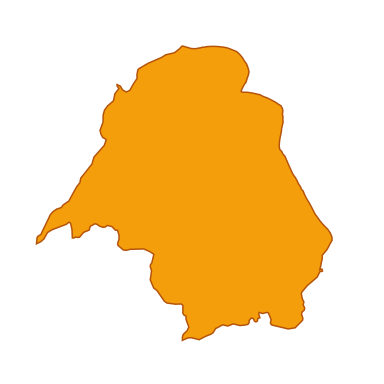 Yomou, Yomou, Guinea, rotated 9°
{"feature_id": "49546643B93814621089544", "entity_name": "Yomou", "entity_type": "district", "adm_level": 2, "iso_a3": "GIN", "parent_name": "Guinea", "parent_adm1": "Yomou", "projection": "mercator", "projection_center": [-9.137, 7.537], "detail": "fine", "context": "isolated", "style": "filled", "palette": "amber", "viewbox_px": 384, "rotation_deg": 9, "n_neighbors": 0, "source": "geoboundaries", "source_scale": "gbopen_adm2", "svg_char_len": 4226}
<svg xmlns="http://www.w3.org/2000/svg" viewBox="0 0 384 384"><g transform="rotate(9 192 192)"><path d="M101.1,97.6L101.1,97.8L101.5,99.1L102.0,99.6L103.6,101.2L102.2,103.9L100.5,107.0L100.2,114.2L96.4,118.7L95.6,119.6L95.1,120.4L92.8,124.7L92.2,129.8L92.7,133.4L92.7,133.5L93.2,137.0L91.5,145.5L92.7,148.4L92.8,148.7L92.9,148.9L94.6,151.2L94.8,151.5L95.2,152.1L98.2,153.1L98.4,153.4L99.1,154.1L98.0,159.9L97.7,160.3L89.8,172.7L89.3,176.1L88.8,180.0L84.1,188.5L79.9,195.8L79.9,197.8L79.9,199.1L79.8,200.2L79.6,200.7L77.4,204.6L75.3,210.3L75.1,210.8L71.7,220.3L67.0,224.7L65.2,227.9L64.4,228.3L61.0,230.1L57.8,233.1L56.9,234.5L56.8,234.8L55.6,236.7L53.7,243.1L51.1,251.7L49.4,257.6L49.0,257.9L46.6,260.0L46.2,261.3L46.1,261.6L46.3,264.6L46.5,267.5L50.6,264.6L53.1,261.5L55.6,254.7L57.5,253.0L59.8,251.1L73.0,243.5L75.1,241.1L75.7,241.2L76.1,241.3L76.9,242.1L77.3,242.6L77.5,243.0L78.3,245.2L79.3,247.7L81.0,256.1L81.4,256.1L82.3,256.0L83.5,255.2L84.3,254.6L85.6,254.8L86.4,254.8L87.2,254.5L88.0,254.2L91.3,248.8L94.6,246.8L96.4,245.7L96.8,241.9L99.5,239.8L101.0,238.6L102.2,238.7L103.0,238.7L104.4,239.4L106.4,240.3L107.8,240.5L109.5,240.8L111.5,240.2L111.9,240.1L112.4,239.6L113.5,238.3L117.8,238.6L118.3,238.7L120.3,240.2L120.4,240.3L122.3,241.7L124.4,241.4L125.3,243.3L126.6,245.9L127.1,248.8L127.3,250.2L126.6,254.3L127.2,256.3L129.5,257.7L130.3,258.2L133.2,260.0L134.8,259.9L136.5,259.8L137.1,259.5L139.8,258.3L149.9,256.4L153.3,255.8L157.6,256.9L157.8,257.0L160.0,257.6L161.7,258.4L164.1,259.5L164.0,260.2L163.4,268.1L162.7,269.7L162.5,270.2L162.4,270.4L162.4,272.1L163.0,273.3L164.4,276.2L164.4,276.5L164.4,277.0L164.5,284.1L164.5,285.3L166.9,289.2L169.2,292.8L171.5,294.1L172.7,294.7L181.8,304.2L184.7,305.6L192.0,305.4L193.1,305.4L198.8,304.3L199.5,304.7L200.8,305.5L201.8,312.5L201.8,312.8L203.1,314.7L205.5,315.6L205.7,316.8L206.0,318.7L206.7,320.0L209.6,325.2L210.1,326.1L209.5,327.3L209.2,329.1L209.1,329.3L207.7,331.3L205.7,333.9L205.2,336.7L205.7,339.5L205.7,340.0L210.9,336.7L213.4,336.2L213.5,336.2L214.3,336.0L221.7,336.7L222.2,336.8L222.6,336.4L227.6,332.7L230.5,330.9L233.1,329.4L234.9,327.6L236.7,323.1L237.8,322.4L243.1,318.4L247.5,318.7L248.5,318.7L253.4,315.8L260.3,316.4L265.5,315.0L268.0,313.9L268.8,312.3L268.6,309.8L270.3,307.2L272.3,307.4L273.7,309.5L274.0,309.9L275.5,310.3L276.8,309.2L276.8,306.7L278.7,305.6L276.9,301.7L277.2,300.4L280.6,301.0L284.1,299.5L284.8,299.2L285.6,299.3L286.3,299.4L287.9,302.0L288.0,302.1L290.2,305.9L290.0,307.5L289.9,308.7L290.5,310.1L291.7,310.9L308.5,312.2L315.1,310.0L320.0,303.2L321.3,301.3L321.3,299.5L321.0,298.9L320.4,297.7L319.7,296.4L319.3,295.7L319.5,293.4L321.4,291.0L321.4,290.1L321.5,289.1L319.5,286.1L319.7,283.3L319.7,283.1L317.7,280.3L316.0,275.8L316.0,274.6L316.1,273.8L320.5,266.4L321.8,264.9L329.0,256.4L330.8,250.6L331.2,250.5L332.8,250.1L333.3,249.6L332.4,247.8L330.3,248.7L330.4,247.7L330.7,245.0L330.8,241.0L331.1,237.0L330.4,234.4L332.2,231.3L333.9,228.5L335.0,226.0L336.2,222.3L337.9,217.8L337.3,214.7L335.0,210.9L331.9,207.6L328.9,205.4L325.5,202.8L322.8,200.4L319.6,197.1L316.9,194.4L313.7,190.0L310.2,185.3L308.3,183.1L305.9,180.2L304.5,178.3L302.7,175.5L301.6,173.6L299.8,172.4L299.0,170.9L297.4,168.8L296.0,167.4L294.0,164.4L292.1,161.9L288.9,158.7L286.4,155.0L283.6,150.7L280.3,145.5L278.1,142.0L275.9,140.4L274.5,138.2L272.0,136.2L270.9,132.9L270.5,127.7L270.5,124.0L270.8,119.1L270.6,115.1L270.7,113.5L270.8,111.9L271.1,109.1L270.2,105.3L270.2,103.8L269.1,100.9L269.1,97.9L268.4,95.7L266.4,92.9L263.4,91.7L261.0,90.5L257.7,89.3L254.4,88.2L251.6,87.3L247.7,86.6L243.9,85.3L237.6,84.9L231.3,84.8L227.6,85.4L225.6,85.6L224.7,84.7L225.8,80.6L226.8,77.7L228.2,75.0L228.7,71.2L229.4,67.4L229.5,64.3L227.9,60.6L225.8,56.9L223.1,54.3L221.1,51.8L218.2,49.1L214.8,46.7L212.5,45.9L210.5,45.5L206.3,44.5L203.6,44.1L200.1,44.0L196.6,44.2L193.6,44.4L190.4,44.8L186.6,45.5L183.5,46.2L181.1,47.2L179.6,47.3L178.4,48.0L176.2,48.8L173.4,49.8L171.1,50.2L168.2,50.4L165.2,49.9L162.9,49.7L161.0,49.4L159.4,49.4L156.8,53.0L152.9,57.2L144.6,60.6L140.6,64.1L135.5,67.3L128.6,71.7L120.5,78.3L119.4,79.8L119.3,85.0L120.0,88.4L117.1,94.7L114.7,101.3L111.4,103.5L107.6,102.1L104.6,98.6L101.1,97.6Z" fill="#f59e0b" stroke="#b45309" stroke-width="1.5"/></g></svg>